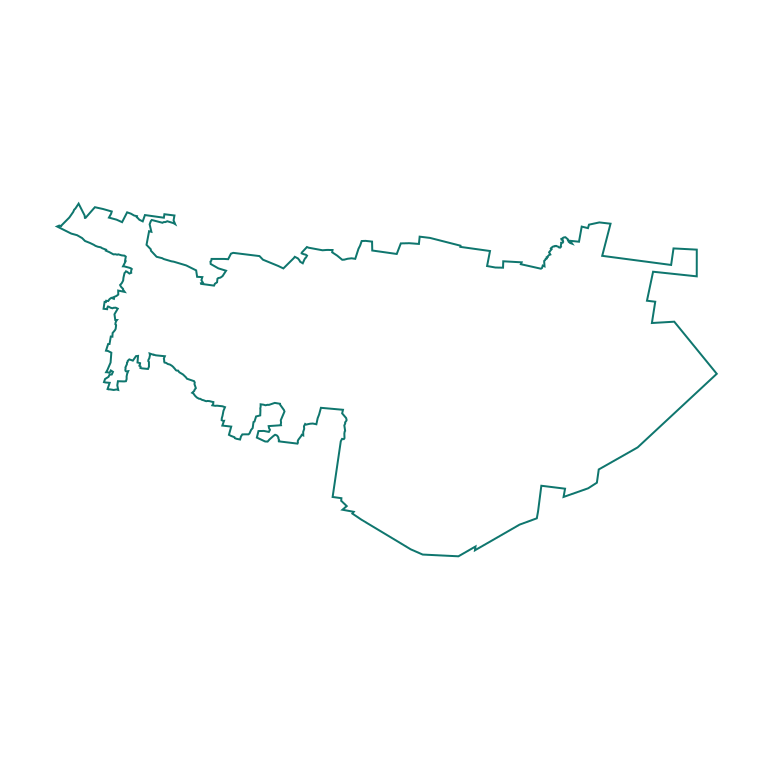 outline of Tekax, Yucatán, Mexico, rotated 272°
{"feature_id": "50627088B47903559300993", "entity_name": "Tekax", "entity_type": "district", "adm_level": 2, "iso_a3": "MEX", "parent_name": "Mexico", "parent_adm1": "Yucatán", "projection": "natural_earth1", "projection_center": [-89.263, 19.978], "detail": "fine", "context": "isolated", "style": "outline", "palette": "teal", "viewbox_px": 768, "rotation_deg": 272, "n_neighbors": 0, "source": "geoboundaries", "source_scale": "gbopen_adm2", "svg_char_len": 6142}
<svg xmlns="http://www.w3.org/2000/svg" viewBox="0 0 768 768"><g transform="rotate(272 384 384)"><path d="M405.8,716.2L456.4,671.9L454.3,649.6L475.7,652.2L476.4,643.9L505.6,649.0L502.5,692.8L529.2,691.9L529.6,668.6L513.0,666.8L519.7,597.6L552.1,604.8L553.0,593.6L550.4,583.3L546.9,582.4L548.2,576.1L533.0,573.9L533.6,565.0L530.8,567.1L531.5,565.0L532.6,563.6L533.5,563.5L533.9,562.8L534.9,562.8L537.0,560.2L536.8,558.8L536.3,557.8L535.6,557.4L535.3,556.2L534.5,556.3L533.8,557.8L532.9,557.7L532.3,558.1L531.4,557.6L531.3,556.1L530.2,556.2L527.8,555.8L527.4,556.1L526.5,555.4L526.5,554.3L527.3,553.3L527.7,551.9L528.0,551.4L527.9,550.0L527.5,549.8L527.4,548.4L526.0,546.5L525.2,546.0L524.6,546.8L521.4,544.4L519.2,545.7L518.6,544.4L517.2,543.1L516.7,543.2L516.4,542.2L515.2,542.4L514.6,541.6L514.7,541.2L513.3,540.6L512.8,539.9L512.0,539.8L507.2,540.3L507.9,538.5L505.5,537.9L504.7,536.8L508.5,516.6L510.4,517.3L510.8,498.9L504.4,498.9L504.3,491.3L505.5,482.9L520.6,485.3L523.7,455.5L524.9,455.6L531.6,424.9L532.5,414.5L525.2,414.0L525.6,404.4L525.1,395.9L514.4,392.2L517.0,367.6L525.9,367.1L526.4,360.6L526.1,356.7L521.5,355.3L518.3,353.8L508.1,350.9L508.5,347.2L507.9,343.3L506.9,340.0L506.7,337.9L510.7,332.7L513.8,327.6L516.1,327.9L516.0,322.3L515.5,317.9L517.6,303.8L518.2,302.2L512.4,297.2L511.7,297.1L511.0,298.9L510.5,301.3L509.6,302.6L507.6,301.6L507.0,300.9L505.6,300.1L501.8,298.6L503.3,295.9L504.6,295.2L506.5,293.6L508.0,290.4L506.6,289.4L496.0,279.4L498.3,274.1L504.0,258.7L507.5,255.1L509.8,228.7L508.9,226.5L503.3,223.9L503.4,220.3L503.0,207.3L501.2,207.1L500.3,206.3L497.9,206.6L493.8,214.4L491.7,222.2L486.2,218.9L484.6,216.8L484.1,214.7L483.4,213.9L479.8,213.6L478.3,211.5L476.4,210.7L477.7,197.7L478.3,197.5L478.9,199.5L481.4,197.9L484.5,198.7L484.6,193.5L491.0,192.3L495.6,182.2L498.9,169.6L499.2,167.3L501.2,159.5L502.0,157.9L503.2,152.3L509.1,146.4L510.5,146.2L514.8,141.8L528.5,143.9L528.0,146.2L535.4,144.2L538.7,145.3L539.8,146.2L537.4,157.0L538.1,158.1L538.2,159.9L539.1,161.7L537.4,168.1L536.5,169.7L540.2,168.0L545.1,168.7L546.0,158.6L542.5,158.2L544.5,139.2L538.1,137.2L539.6,133.8L541.7,131.7L542.0,131.1L543.1,131.3L543.6,128.5L545.4,125.1L546.6,121.3L536.6,116.6L538.9,111.0L540.7,103.3L544.6,105.3L546.9,105.9L549.1,97.0L550.6,88.9L539.6,79.9L539.6,79.3L542.0,78.9L553.6,72.5L548.5,69.4L547.4,68.3L545.1,67.4L539.4,63.7L531.5,56.4L530.6,55.9L531.0,53.9L530.0,51.8L523.4,66.2L522.0,72.1L519.3,77.2L516.5,80.2L514.7,85.2L513.0,89.1L512.0,90.8L511.2,93.2L510.7,96.2L509.9,97.5L508.5,101.6L507.6,101.3L506.2,104.9L504.1,109.1L504.3,111.1L503.9,112.8L504.3,113.9L503.4,117.4L503.2,120.2L502.3,121.5L497.9,120.9L497.7,121.5L492.5,119.1L492.5,120.3L491.2,125.8L490.8,127.0L490.1,127.9L489.7,127.6L487.5,127.3L486.3,127.5L485.5,125.7L487.3,123.1L487.6,122.2L487.0,121.9L485.8,120.8L481.1,119.9L478.3,119.7L475.8,118.5L473.7,116.8L472.1,117.7L469.9,119.9L469.2,119.9L467.0,121.6L468.1,115.1L464.1,115.3L462.7,113.6L461.2,110.5L460.3,111.2L459.7,111.1L460.6,108.5L459.3,106.8L457.3,105.5L457.5,103.4L456.2,103.2L456.3,101.9L449.4,101.1L449.1,104.7L450.8,104.9L451.8,105.4L451.7,106.1L450.7,108.0L450.2,110.0L450.7,111.0L450.9,113.2L450.0,115.3L444.3,112.2L438.6,113.2L438.6,114.9L437.3,114.0L435.4,113.5L434.2,113.5L433.9,114.0L433.4,114.2L429.8,113.9L428.5,113.3L425.5,111.0L421.8,110.9L421.9,109.3L414.4,108.3L414.3,106.9L407.6,105.0L407.4,106.9L405.8,110.4L395.9,110.0L388.4,107.1L386.1,105.9L386.1,107.3L385.7,108.8L385.9,109.5L388.0,110.5L386.7,112.7L384.0,111.6L383.7,109.4L381.5,108.4L379.3,105.1L377.5,104.5L376.1,104.1L375.8,105.7L375.6,109.8L369.3,107.9L369.0,109.1L369.1,110.2L368.6,114.1L369.2,116.8L368.8,118.6L373.4,117.5L377.5,118.0L377.5,124.2L377.8,126.0L379.9,126.6L382.6,126.5L385.1,126.9L387.9,127.9L387.6,126.4L387.7,125.7L388.2,125.2L389.0,125.0L391.0,125.2L391.5,125.0L394.9,126.4L396.5,126.4L397.3,127.1L398.2,127.1L399.7,128.6L398.6,132.2L403.2,135.2L403.5,137.2L396.9,136.9L396.3,139.5L395.6,139.5L393.7,138.9L393.0,140.1L391.5,140.0L391.2,141.4L390.8,147.6L393.1,148.5L397.8,148.3L398.7,147.6L400.1,147.8L401.4,148.5L404.6,149.1L406.3,148.7L405.1,152.7L405.3,152.8L404.7,154.9L404.1,164.0L401.8,163.1L400.0,163.5L398.9,163.5L397.8,163.9L397.5,165.5L396.4,167.3L396.0,169.3L394.8,171.4L393.5,173.0L393.1,173.2L392.4,174.0L390.5,175.6L390.2,176.3L390.2,177.7L388.6,179.0L386.5,182.8L383.7,185.9L382.4,186.9L380.2,194.1L378.9,194.8L377.3,194.6L373.3,196.1L371.6,194.9L370.5,194.6L368.5,192.6L367.9,193.8L365.6,195.6L363.9,197.5L362.8,199.7L362.8,200.8L361.7,202.9L361.5,204.2L360.8,206.1L360.6,207.0L360.9,208.2L360.8,210.2L360.2,212.8L360.0,214.1L358.3,214.0L356.7,213.2L356.3,216.1L356.5,217.9L356.1,223.3L355.3,225.9L351.6,224.5L346.5,223.7L344.2,223.1L342.2,223.0L341.5,224.5L341.6,225.4L336.8,223.9L336.1,232.8L327.8,230.8L326.8,232.9L325.6,236.4L324.7,236.8L324.1,238.5L323.5,242.1L326.6,242.9L328.7,244.2L329.0,250.4L329.9,251.3L333.5,252.8L335.4,254.3L341.4,254.9L342.0,255.9L347.1,257.3L348.3,261.4L353.7,261.4L355.4,261.2L356.9,261.5L359.4,261.4L359.1,264.4L358.6,266.3L359.2,268.6L359.1,269.7L361.3,275.5L360.6,280.8L359.7,280.9L354.5,284.9L353.0,285.5L344.2,282.1L341.6,282.5L340.2,282.2L339.2,282.5L337.9,270.2L336.0,270.6L334.2,271.6L332.1,270.6L332.9,265.6L332.6,260.2L326.0,258.8L322.4,267.2L322.4,269.7L324.6,271.5L328.1,275.2L329.4,276.8L329.4,277.4L328.6,279.1L326.9,280.3L326.1,280.3L324.0,281.2L323.5,280.8L323.0,280.9L321.4,299.6L322.3,300.0L324.0,299.8L325.4,300.4L329.1,303.0L330.4,303.6L329.8,305.1L333.3,304.9L336.4,305.8L339.0,305.5L341.3,306.6L340.7,307.5L341.7,311.4L342.0,314.2L341.4,317.8L347.5,318.9L351.2,320.2L358.0,321.8L356.8,343.9L353.2,343.2L348.7,347.3L347.1,347.8L346.2,347.8L344.3,346.5L343.2,346.6L341.2,345.8L335.8,346.8L335.3,346.4L333.2,346.1L328.6,346.4L327.9,346.1L327.5,345.7L327.7,344.0L325.2,342.8L269.3,336.6L268.4,345.4L265.8,345.3L260.7,351.0L256.9,346.9L255.2,358.2L253.4,356.9L247.6,366.2L219.7,416.5L214.9,428.6L214.4,464.4L224.8,481.1L221.0,480.7L248.2,524.4L255.1,541.4L262.0,542.4L287.8,544.8L285.7,568.6L277.4,567.4L286.9,591.7L292.8,600.2L306.1,601.6L329.5,639.7L405.8,716.2Z" fill="none" stroke="#0f766e" stroke-width="2"/></g></svg>